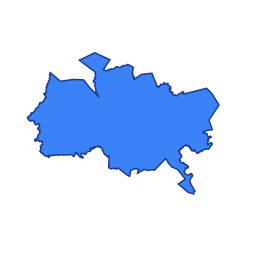 the district of Urique, Chihuahua, Mexico, rotated 254°
{"feature_id": "50627088B80503012835519", "entity_name": "Urique", "entity_type": "district", "adm_level": 2, "iso_a3": "MEX", "parent_name": "Mexico", "parent_adm1": "Chihuahua", "projection": "albers", "projection_center": [-107.976, 27.219], "detail": "fine", "context": "isolated", "style": "filled", "palette": "blue", "viewbox_px": 256, "rotation_deg": 254, "n_neighbors": 0, "source": "geoboundaries", "source_scale": "gbopen_adm2", "svg_char_len": 5794}
<svg xmlns="http://www.w3.org/2000/svg" viewBox="0 0 256 256"><g transform="rotate(254 128 128)"><path d="M46.5,173.2L48.0,173.5L48.8,174.4L48.9,175.0L56.6,172.9L61.0,173.0L61.5,173.9L62.9,175.0L63.4,176.1L64.5,177.1L65.6,176.4L66.2,176.7L66.8,176.1L66.7,174.8L66.1,174.1L66.0,173.5L66.6,171.8L67.5,171.1L67.9,170.3L69.8,170.2L70.6,169.8L72.4,172.2L73.5,172.1L73.1,174.8L74.5,175.3L76.6,173.9L76.8,173.0L77.4,172.8L77.4,172.4L78.9,172.1L78.8,171.6L79.4,171.5L79.3,170.6L79.8,170.5L79.7,170.1L81.4,168.8L82.3,169.3L82.9,168.6L83.3,168.6L85.1,171.0L86.4,172.0L88.7,171.3L89.0,170.5L89.4,170.3L89.8,170.8L90.6,170.7L91.0,171.2L91.3,171.1L92.0,170.1L92.9,170.9L92.8,171.6L93.4,172.3L92.8,172.2L92.8,172.7L93.7,173.7L93.9,174.9L94.4,175.4L94.3,175.9L95.1,176.1L95.0,176.7L95.7,178.2L95.4,178.3L95.4,179.0L95.0,179.3L95.4,179.7L94.5,179.8L94.0,180.8L94.2,181.4L93.8,181.3L93.8,181.5L92.8,182.0L92.3,181.9L92.3,182.5L91.9,182.6L91.4,182.1L90.7,182.7L90.1,182.6L90.2,182.1L89.8,182.7L89.5,182.7L89.5,183.3L88.5,183.3L88.6,185.0L87.8,184.7L87.9,186.3L86.4,186.5L85.1,187.1L84.5,187.7L84.4,188.9L85.4,190.1L85.3,191.2L85.7,191.4L85.3,191.8L85.8,192.3L85.5,192.7L85.4,193.7L86.3,194.4L86.5,195.1L86.5,196.1L86.0,197.0L86.1,197.8L85.5,199.8L87.4,201.7L88.3,203.4L89.1,204.3L90.4,204.5L90.9,204.0L91.1,203.3L90.0,200.1L90.2,199.8L92.1,200.5L93.7,202.1L94.3,201.8L94.6,201.2L95.4,201.6L96.0,204.7L96.4,205.4L96.9,205.4L97.5,204.8L97.4,202.9L98.4,202.1L100.7,202.3L101.2,201.7L102.4,199.2L103.1,199.2L103.6,199.7L103.5,201.7L104.0,202.2L103.1,208.6L113.3,208.0L125.0,221.8L137.9,218.1L144.5,214.5L145.2,194.1L145.4,193.5L145.4,192.7L144.9,192.4L145.0,191.1L146.4,190.5L147.1,191.4L147.7,190.8L147.6,189.3L146.9,188.9L146.6,185.3L145.4,183.9L146.3,182.6L146.6,182.6L146.5,182.2L146.9,181.4L146.7,180.6L146.8,180.9L148.6,180.2L148.8,180.7L149.3,180.8L149.6,180.6L149.5,180.3L150.1,180.0L150.5,180.2L151.4,178.3L152.2,179.1L152.5,179.0L152.9,179.3L153.4,178.4L153.9,178.4L153.9,179.2L154.6,179.1L154.4,180.0L155.1,179.9L155.7,180.4L158.0,178.4L159.9,178.6L159.9,176.5L161.6,175.0L159.9,174.3L161.0,171.6L160.3,170.9L159.7,169.9L158.8,169.6L159.8,168.3L159.4,167.6L174.1,166.0L175.8,155.5L172.9,146.9L173.8,147.0L175.2,148.0L175.6,147.6L176.0,147.8L176.3,147.2L176.8,147.3L177.6,147.1L178.5,147.6L179.6,147.2L179.9,147.6L181.0,147.7L181.7,148.4L183.6,149.0L184.6,149.9L184.7,149.6L186.8,148.1L187.1,147.5L188.4,146.3L189.2,144.9L189.2,144.5L188.7,143.9L189.2,140.8L188.6,139.6L189.2,139.3L189.1,138.8L188.3,137.4L188.7,135.9L189.6,135.2L190.0,133.9L190.0,133.1L189.3,132.5L188.8,130.1L188.9,129.4L189.7,127.7L189.5,127.1L188.8,126.4L189.3,125.0L189.2,124.1L188.8,123.4L189.2,122.0L190.2,121.2L190.5,120.5L190.8,120.4L198.6,129.4L209.5,116.8L206.6,99.9L190.5,112.1L189.4,111.4L187.2,111.6L186.5,110.5L185.0,109.5L184.6,110.0L183.7,109.6L183.4,108.3L182.9,107.7L182.1,107.5L181.7,107.5L180.8,108.7L180.2,108.8L178.1,107.8L176.9,107.7L175.6,108.1L175.0,107.7L173.5,107.7L171.6,106.9L171.2,107.4L170.7,107.3L169.6,107.9L167.5,108.1L166.6,108.7L166.3,108.5L178.1,101.9L186.4,98.7L189.8,88.8L191.5,75.9L202.7,68.6L200.6,67.1L199.0,67.6L197.3,66.0L196.9,66.4L196.3,66.4L195.1,64.8L193.1,63.4L193.0,62.9L192.3,62.9L191.2,61.4L189.5,61.6L189.2,60.4L188.1,60.4L187.6,60.0L186.4,59.7L185.7,58.9L184.3,59.0L183.8,57.7L184.4,56.9L184.0,56.5L183.5,56.5L182.8,57.3L181.9,57.1L181.1,57.8L180.1,57.9L179.5,56.9L179.7,56.6L179.0,56.4L178.8,55.8L178.0,55.3L177.9,54.7L176.9,53.6L176.9,53.3L176.1,52.7L176.1,51.4L176.8,50.7L175.6,49.4L174.0,48.4L172.9,47.0L172.6,45.5L171.3,44.0L170.1,43.2L170.0,42.6L168.8,41.2L168.7,40.2L169.2,40.0L168.8,38.5L167.2,38.3L167.0,36.7L166.5,36.0L166.3,35.1L165.7,34.8L165.6,34.2L163.0,34.8L162.6,35.5L161.6,36.1L161.4,36.5L161.8,37.6L161.0,39.2L160.6,39.2L160.0,39.8L159.8,39.9L159.1,39.4L158.3,39.9L157.0,39.7L156.4,40.8L156.6,41.5L156.5,41.9L156.9,42.8L156.0,43.8L155.3,43.1L154.4,43.8L153.5,42.7L153.2,41.9L152.1,40.9L151.8,41.0L151.2,41.8L150.5,41.9L150.4,42.3L150.6,42.8L150.4,43.0L150.1,43.0L149.6,42.0L148.1,42.3L145.2,38.9L144.3,38.6L143.7,38.7L143.0,37.7L143.0,35.9L142.4,35.1L141.7,34.8L141.0,35.3L140.9,36.0L140.8,37.2L141.1,38.7L140.6,38.6L139.2,39.2L139.1,40.9L138.5,42.7L138.5,41.8L138.1,41.5L136.0,41.4L135.5,39.9L134.1,38.6L133.3,39.1L132.7,38.9L132.2,38.3L131.9,38.5L131.1,38.1L130.2,36.9L129.5,37.5L128.8,37.4L128.4,38.0L127.6,38.1L127.1,39.1L126.4,39.2L126.0,39.8L124.6,39.9L123.7,41.7L123.4,41.7L122.5,43.1L121.6,43.7L122.1,44.5L122.6,44.5L122.5,43.9L123.3,43.9L123.5,44.8L122.3,47.2L122.6,48.1L122.0,49.2L122.3,49.7L122.0,50.5L122.4,51.6L120.9,53.1L121.3,54.7L120.9,55.1L120.9,56.4L120.4,56.9L119.8,58.1L119.8,59.7L119.3,60.3L119.2,61.3L118.4,63.6L118.7,64.9L117.5,66.7L115.6,67.9L115.8,68.7L116.8,69.1L117.2,70.0L118.4,70.5L118.0,71.6L118.2,72.4L117.6,72.7L117.2,72.2L116.6,72.2L113.2,74.0L112.8,74.3L112.2,75.8L111.6,76.2L111.8,76.6L112.6,76.7L113.0,76.2L115.1,75.2L115.8,75.5L116.3,76.1L116.2,77.1L115.7,78.0L114.7,78.8L114.5,80.1L116.4,82.3L116.2,83.8L116.4,84.4L116.3,85.8L116.8,85.9L117.0,86.4L118.0,86.3L117.9,87.3L118.5,86.7L118.4,87.2L118.7,87.4L118.4,87.7L118.4,88.3L117.9,87.9L117.7,88.2L118.0,88.5L117.9,88.9L118.4,89.2L117.9,89.8L118.1,89.9L118.6,89.6L118.6,90.3L119.0,90.3L118.8,91.3L119.0,91.8L118.6,91.8L118.8,92.3L118.4,93.5L119.0,94.2L118.2,94.6L118.3,95.2L118.0,95.5L117.7,95.4L117.9,96.3L116.6,96.4L114.9,97.5L113.5,97.1L112.6,97.7L110.0,98.0L109.4,98.5L108.9,98.3L108.3,99.2L105.8,100.3L106.0,102.1L95.3,98.5L93.5,100.2L93.3,101.1L93.5,102.2L91.6,106.0L92.5,107.4L83.9,113.4L81.0,116.3L86.4,118.9L87.1,122.7L85.4,126.9L81.9,124.7L83.7,132.5L81.9,134.8L81.0,141.0L80.1,141.4L80.6,142.7L88.1,155.5L84.5,157.1L83.5,156.9L80.6,158.5L78.6,159.2L74.5,164.3L63.1,169.0L60.3,160.9L49.4,168.2L46.5,173.2Z" fill="#3b82f6" stroke="#1e3a8a" stroke-width="1.5"/></g></svg>